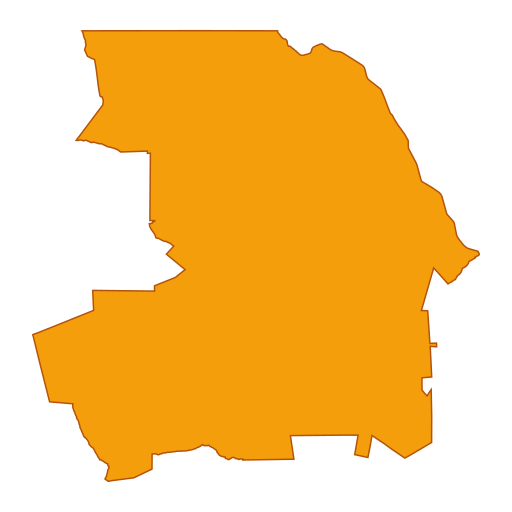 the district of Juárez, Chihuahua, Mexico
{"feature_id": "50627088B5477759296036", "entity_name": "Juárez", "entity_type": "district", "adm_level": 2, "iso_a3": "MEX", "parent_name": "Mexico", "parent_adm1": "Chihuahua", "projection": "albers", "projection_center": [-106.665, 31.452], "detail": "fine", "context": "isolated", "style": "filled", "palette": "amber", "viewbox_px": 512, "rotation_deg": 0, "n_neighbors": 0, "source": "geoboundaries", "source_scale": "gbopen_adm2", "svg_char_len": 5894}
<svg xmlns="http://www.w3.org/2000/svg" viewBox="0 0 512 512"><path d="M477.8,251.2L470.9,249.3L467.3,248.1L465.6,246.9L463.4,244.9L458.8,239.1L457.0,236.3L456.7,235.5L454.2,222.9L453.0,221.0L447.6,215.0L446.9,214.0L446.6,213.3L442.1,197.0L441.5,195.5L440.6,194.0L439.2,192.5L432.1,187.6L422.0,181.6L421.3,180.8L417.2,165.9L416.6,163.9L415.7,162.1L408.6,148.6L408.4,147.9L408.2,141.1L408.2,140.6L408.0,140.1L407.0,138.5L405.1,134.9L400.3,128.1L398.4,125.7L397.3,123.9L395.7,121.4L393.5,117.6L392.4,115.4L391.7,114.5L391.0,114.1L390.1,112.7L387.8,106.9L384.0,96.7L381.1,89.9L380.7,89.2L373.4,83.4L369.5,80.4L368.0,79.0L366.9,77.0L366.1,74.2L366.0,73.6L364.6,68.3L364.2,67.5L362.7,65.6L360.0,63.8L348.5,56.5L342.2,52.6L340.1,51.8L334.5,51.1L332.6,50.6L330.8,49.9L322.4,44.0L321.8,43.8L319.4,44.4L318.4,44.9L317.4,45.2L314.6,46.5L313.6,47.0L312.7,47.8L312.0,48.8L311.1,52.0L310.4,52.8L309.6,53.4L307.4,54.1L303.8,55.1L302.5,55.3L301.3,55.3L300.1,54.8L299.3,54.2L298.6,53.5L296.9,52.0L296.2,51.2L295.2,50.5L292.8,48.4L292.0,48.0L290.4,46.4L290.0,46.2L288.7,46.3L288.4,46.0L287.8,45.1L287.4,43.7L287.1,41.3L286.8,40.6L286.0,39.5L285.6,39.2L283.8,38.8L283.2,38.6L281.1,36.7L280.4,35.7L280.0,35.0L277.7,32.3L277.6,31.9L277.7,30.8L197.6,30.7L82.0,30.8L82.4,31.5L82.5,32.0L83.0,33.1L83.9,36.9L84.4,38.3L85.5,40.5L85.4,42.4L86.0,44.3L86.1,44.8L84.6,49.9L87.5,56.3L90.4,57.7L91.9,58.6L94.3,59.3L94.6,59.6L96.1,68.4L97.3,77.7L98.2,85.4L99.1,91.1L100.0,96.0L100.5,96.4L100.6,96.6L101.0,96.7L101.7,96.7L102.0,96.8L102.2,97.5L102.5,97.8L102.5,98.2L102.9,98.9L103.2,100.7L103.2,101.5L103.0,103.7L102.8,104.9L79.8,135.6L77.4,138.7L76.9,139.5L76.2,140.3L77.4,140.5L78.3,140.4L79.1,140.1L79.6,140.2L80.2,140.0L80.9,140.0L81.9,140.2L83.1,140.8L83.4,140.8L84.5,140.6L84.8,140.6L85.8,140.2L86.2,140.2L86.8,140.4L87.5,141.0L89.0,141.5L90.0,142.2L90.6,142.4L91.1,142.3L91.8,142.6L92.3,142.6L93.3,142.1L93.8,142.1L94.8,142.5L95.0,142.6L96.1,142.8L96.5,143.0L96.8,143.0L97.5,143.2L98.8,143.7L100.1,143.8L100.8,143.6L103.4,144.6L104.6,145.3L105.4,145.5L107.2,146.6L107.6,146.7L109.5,147.0L110.7,147.3L111.5,147.7L112.0,147.8L112.7,147.9L114.0,148.3L115.3,148.9L115.8,148.8L116.4,149.3L118.0,149.9L119.1,150.9L120.8,152.0L147.4,151.1L147.4,153.3L150.4,153.3L149.9,220.6L154.7,220.6L154.7,221.2L154.0,221.6L152.7,221.9L152.2,223.0L151.8,223.4L150.3,223.5L149.9,223.7L149.3,223.7L149.7,226.2L150.9,228.9L154.6,234.1L155.6,236.6L155.6,237.3L155.7,237.5L156.3,238.0L156.5,238.1L156.8,238.1L157.5,238.3L158.3,238.3L159.3,238.8L160.4,239.3L161.7,240.2L164.0,241.1L164.2,241.3L165.5,241.4L166.1,241.3L166.9,241.9L168.0,242.5L168.4,242.5L168.9,242.9L169.7,243.0L170.7,243.7L171.6,244.6L172.9,245.5L173.1,245.7L173.3,245.8L173.7,246.1L166.4,254.2L185.1,269.6L175.5,277.3L174.2,277.9L154.5,285.8L154.5,291.1L92.7,290.4L93.6,310.4L38.8,332.4L32.8,334.6L39.9,363.5L49.6,401.8L72.9,403.8L72.7,405.2L72.8,406.9L72.9,407.6L73.5,409.7L74.0,411.0L74.7,412.1L75.0,413.3L75.8,415.5L76.7,417.1L76.7,417.5L76.6,417.8L76.6,418.1L77.2,419.1L78.1,420.4L78.8,422.0L79.1,423.8L80.0,426.5L80.0,427.5L81.4,430.4L81.7,431.5L82.0,431.9L82.4,433.0L83.1,434.3L83.1,434.5L83.4,434.9L83.4,435.6L83.9,436.4L84.4,437.0L84.6,437.4L84.7,437.5L85.1,437.5L85.4,437.7L87.5,440.1L88.7,442.4L88.9,443.1L88.9,443.9L89.3,444.6L91.1,446.6L92.2,447.4L93.2,448.2L94.2,449.9L95.9,453.2L96.6,454.1L97.0,454.8L97.6,456.0L97.9,456.9L99.1,458.3L99.4,459.0L99.7,459.7L100.0,459.6L100.2,459.8L100.5,459.7L101.3,460.1L101.8,460.5L102.1,460.6L103.8,461.6L105.0,462.6L106.8,463.5L107.8,463.9L107.7,464.6L108.0,465.7L108.5,466.3L108.9,466.3L109.0,467.2L108.6,468.5L108.3,469.2L108.0,469.5L107.6,471.3L107.3,472.8L107.3,473.1L106.5,475.5L106.6,476.0L105.8,477.3L105.0,479.0L108.2,481.3L112.7,480.5L133.9,477.8L152.0,469.1L152.1,454.0L152.4,453.9L153.4,454.0L155.5,453.7L156.6,454.3L157.9,454.7L158.3,454.7L159.1,454.6L159.9,454.1L160.3,453.9L161.3,453.9L162.3,453.5L162.5,453.1L162.9,453.0L164.8,453.0L167.6,452.3L168.8,452.3L171.3,452.1L173.0,451.7L175.6,451.6L176.8,451.2L181.0,451.1L184.3,450.9L185.0,450.8L186.0,450.9L186.5,450.8L192.5,449.6L193.6,449.1L195.6,448.6L196.0,448.4L196.5,447.9L197.7,447.4L198.6,447.2L199.6,446.5L200.4,446.2L201.0,445.7L201.6,445.5L202.4,444.5L202.8,444.7L203.2,445.0L203.7,445.3L204.0,445.6L204.6,445.5L204.9,445.6L205.3,445.6L205.5,445.7L205.8,445.8L206.7,445.5L207.3,445.7L208.5,445.3L209.0,445.4L209.8,446.4L210.0,446.5L210.3,446.5L210.6,446.7L210.9,446.7L211.9,447.4L212.3,447.5L213.2,447.9L214.0,448.6L215.2,449.5L216.2,450.1L216.7,450.8L216.8,451.2L217.0,451.3L217.2,451.7L217.1,452.4L218.2,453.5L218.6,454.1L218.8,454.5L219.4,455.2L220.4,455.6L220.9,456.1L221.4,456.4L223.1,456.6L223.4,456.6L223.6,456.6L224.0,457.0L224.9,456.8L225.1,456.9L225.2,457.1L225.2,457.5L225.3,457.8L225.3,458.1L225.5,458.1L226.0,458.6L226.7,458.7L228.2,459.6L228.9,459.6L229.4,459.4L230.1,458.7L230.4,458.7L230.9,458.3L231.5,458.1L232.0,457.5L232.3,457.4L232.6,457.4L233.1,457.5L233.6,457.4L233.8,457.6L234.3,457.6L235.1,458.1L235.3,458.5L236.5,458.8L236.8,458.8L237.0,458.6L237.9,458.8L238.5,459.5L239.2,459.4L239.7,459.2L239.9,459.0L240.4,458.8L241.4,459.1L242.5,459.1L242.9,459.2L242.7,459.4L242.7,460.0L293.9,459.2L290.4,435.6L346.9,435.1L358.1,435.2L354.7,454.6L367.9,457.5L370.2,446.0L372.0,435.5L384.4,443.8L391.5,449.0L404.9,458.1L410.4,455.0L431.6,442.5L431.7,416.5L431.2,389.6L428.7,393.2L427.1,395.9L424.3,392.9L422.0,390.0L422.0,377.8L431.7,377.0L430.2,346.4L436.6,346.8L436.5,343.1L429.9,343.4L427.7,310.8L421.4,310.5L433.7,267.9L448.0,283.9L450.9,282.1L451.6,281.9L452.6,281.2L453.2,280.6L454.0,280.1L455.3,279.6L456.8,276.9L457.6,275.7L458.8,274.7L459.7,274.1L461.0,272.3L461.9,270.1L462.6,268.2L464.3,267.4L465.3,266.8L466.1,266.2L467.1,265.2L468.4,263.3L469.0,261.5L473.3,259.1L475.3,257.8L475.0,257.4L475.0,257.2L476.4,256.5L476.5,256.3L478.5,255.5L479.2,254.6L479.1,253.5L477.8,251.2Z" fill="#f59e0b" stroke="#b45309" stroke-width="1.5"/></svg>